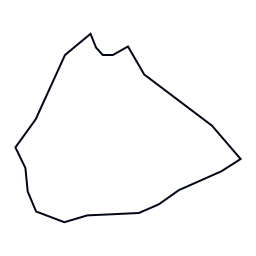 map outline of Ascension (Albers equal-area conic projection)
{"feature_id": "SHN-4863", "entity_name": "Ascension", "entity_type": "state/province", "adm_level": 1, "iso_a3": "SHN", "parent_name": "Saint Helena", "parent_adm1": "", "projection": "albers", "projection_center": [-14.366, -7.929], "detail": "fine", "context": "isolated", "style": "outline", "palette": "ink", "viewbox_px": 256, "rotation_deg": 0, "n_neighbors": 0, "source": "natural_earth", "source_scale": "10m", "svg_char_len": 361}
<svg xmlns="http://www.w3.org/2000/svg" viewBox="0 0 256 256"><path d="M128.0,46.5L144.2,74.5L212.0,125.7L240.6,159.0L221.5,171.2L178.9,190.1L158.8,204.3L138.8,213.0L87.2,215.4L64.3,222.2L36.1,211.5L27.7,191.5L25.4,168.0L15.4,147.4L35.7,119.3L65.0,55.0L90.5,33.8L96.1,47.7L102.8,55.0L112.8,55.0L128.0,46.5Z" fill="none" stroke="#020617" stroke-width="2"/></svg>